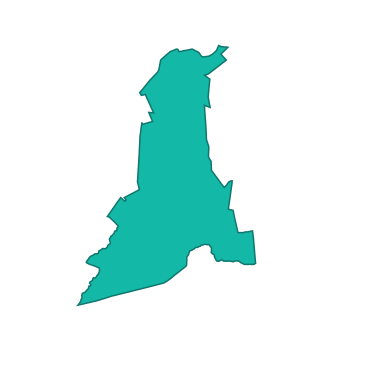 the district of Saboti, Rift Valley, Kenya, rotated 292°
{"feature_id": "3690345B89105260268555", "entity_name": "Saboti", "entity_type": "district", "adm_level": 2, "iso_a3": "KEN", "parent_name": "Kenya", "parent_adm1": "Rift Valley", "projection": "orthographic", "projection_center": [34.819, 0.95], "detail": "fine", "context": "isolated", "style": "filled", "palette": "teal", "viewbox_px": 384, "rotation_deg": 292, "n_neighbors": 0, "source": "geoboundaries", "source_scale": "gbopen_adm2", "svg_char_len": 4895}
<svg xmlns="http://www.w3.org/2000/svg" viewBox="0 0 384 384"><g transform="rotate(292 192 192)"><path d="M44.4,128.6L46.0,131.0L47.8,133.6L49.3,135.7L52.7,140.5L54.7,143.4L56.1,145.3L65.9,157.2L67.7,159.8L70.5,163.6L75.3,170.3L80.0,176.7L85.5,184.3L95.6,198.0L97.2,200.0L97.7,200.5L100.8,202.7L104.1,204.8L106.2,205.9L107.8,206.7L109.1,207.4L110.9,208.5L111.5,208.8L112.4,209.4L114.0,210.3L115.3,211.0L118.0,212.6L120.4,214.0L121.9,214.4L123.1,214.0L123.8,213.8L124.4,213.4L125.0,213.4L126.0,213.1L127.0,212.8L127.9,212.3L128.6,211.9L129.7,211.7L130.9,211.8L131.6,212.0L132.5,212.2L133.4,212.2L134.4,212.0L135.2,211.9L136.1,212.0L136.7,212.3L137.3,212.7L137.8,213.6L138.7,214.1L139.4,214.8L140.3,215.5L141.7,215.9L142.2,216.3L142.3,217.0L142.6,217.7L143.2,218.3L143.9,218.8L144.4,219.5L145.0,220.1L145.9,220.3L146.6,220.6L146.7,221.3L146.9,221.9L147.4,222.3L147.9,222.8L148.3,223.5L148.6,224.3L148.6,225.2L149.0,226.1L149.4,227.0L149.3,227.7L149.2,228.4L148.7,229.0L148.1,229.5L148.0,230.2L147.6,230.9L146.8,231.2L146.2,231.5L145.3,231.9L144.3,232.4L143.4,232.2L142.8,233.0L142.4,233.9L142.4,234.7L142.4,235.4L142.2,236.1L141.6,236.4L140.8,236.8L140.1,237.3L139.6,237.8L139.1,238.5L138.5,239.2L137.8,239.9L137.4,240.8L137.3,241.5L137.7,242.3L138.0,243.0L138.5,243.5L139.1,244.0L139.7,244.3L140.2,245.0L140.3,246.1L139.7,247.0L140.1,247.8L140.4,249.2L141.0,250.0L141.2,251.0L141.7,252.0L142.0,252.6L142.2,253.4L142.4,254.3L142.6,255.4L142.7,256.3L143.4,256.9L143.8,257.6L144.4,258.2L144.9,258.9L145.0,259.7L145.1,260.5L145.4,261.2L145.3,262.1L145.0,262.9L144.7,263.8L144.7,265.3L144.5,266.7L144.6,267.9L144.8,268.7L145.2,269.3L145.5,270.1L145.7,271.0L146.3,271.8L146.6,272.7L146.9,273.4L147.1,274.1L147.4,275.2L147.9,275.9L148.1,276.6L149.0,277.1L149.6,277.7L154.9,275.0L171.9,266.4L178.6,262.7L178.1,261.9L177.7,261.2L177.2,260.3L176.8,259.9L176.3,259.3L175.9,258.6L175.6,257.8L175.3,257.1L174.8,256.2L174.0,255.2L173.3,254.4L173.1,253.5L172.7,252.6L172.1,251.1L171.5,249.9L185.1,240.4L190.4,237.0L189.7,232.1L193.4,231.2L215.6,225.7L217.4,225.0L216.6,223.5L215.6,222.8L214.9,222.3L214.1,222.0L213.0,221.9L212.1,221.7L211.0,221.3L210.2,221.0L209.5,220.7L209.0,220.2L208.3,220.1L210.7,215.9L214.8,209.4L218.7,202.9L219.3,202.0L223.7,200.0L225.5,199.1L227.6,198.2L229.7,195.2L230.3,194.4L230.9,194.1L232.3,193.5L238.4,191.3L240.1,190.7L240.8,190.2L244.2,187.3L244.9,186.7L246.4,185.6L253.5,182.4L262.9,177.9L272.0,173.4L277.0,171.1L277.2,177.1L285.9,171.5L295.9,168.4L303.3,166.3L303.5,165.4L305.0,159.8L307.4,162.8L311.4,165.2L327.2,174.4L330.6,167.2L331.4,167.5L339.6,171.1L339.2,169.1L338.4,167.5L338.3,166.5L338.1,165.6L337.8,164.8L337.8,163.3L337.9,161.9L337.0,161.8L336.1,161.8L332.7,161.7L331.7,161.4L331.0,161.1L327.7,159.5L327.1,159.1L325.2,157.5L324.4,156.9L324.0,156.3L322.2,153.2L321.4,151.6L321.3,150.7L321.5,149.9L322.0,148.9L323.5,146.8L323.9,146.2L324.0,145.5L324.3,141.8L324.6,138.7L324.0,137.7L321.8,134.6L319.8,131.1L318.6,129.8L317.3,127.2L317.8,126.7L318.5,126.1L318.9,125.4L318.8,124.3L318.2,123.5L317.0,122.4L314.8,120.0L314.0,119.2L313.1,118.8L311.5,117.9L303.2,113.7L302.2,113.6L298.7,114.3L294.6,115.1L293.3,115.4L292.5,115.4L290.5,115.3L285.7,113.4L281.9,111.9L280.5,111.3L277.1,110.2L271.4,108.5L265.5,106.6L264.6,106.3L262.6,108.8L264.9,112.2L256.2,121.3L251.0,126.8L249.6,122.1L242.6,129.0L241.4,127.4L237.8,122.8L236.2,120.9L237.7,119.5L224.0,123.0L208.0,128.6L206.3,129.2L189.0,135.0L181.1,137.6L174.5,142.3L161.4,131.3L160.1,133.8L158.3,133.3L160.1,128.0L156.2,127.0L137.5,122.7L137.8,124.6L136.7,127.3L135.0,131.7L132.7,136.5L131.6,136.4L130.6,136.0L129.7,136.1L129.0,136.5L128.2,136.7L127.6,136.0L127.1,135.3L126.2,135.0L125.3,135.2L124.4,135.4L123.6,134.9L122.4,134.3L121.3,134.1L120.7,133.4L119.9,133.4L119.0,133.4L118.0,133.0L117.1,133.2L116.3,133.7L115.0,135.0L113.7,135.4L113.0,135.4L112.4,134.8L111.7,134.2L110.8,134.0L110.1,134.1L109.2,134.1L108.5,133.7L107.8,133.4L106.9,133.1L106.6,131.7L106.5,131.1L106.2,130.5L105.4,129.8L104.3,129.2L103.6,128.8L103.0,128.1L102.4,127.7L100.8,128.0L100.1,128.0L99.4,127.5L99.0,126.8L98.1,124.9L97.3,124.7L96.8,124.2L96.2,123.6L95.4,123.1L94.6,122.2L93.8,121.8L92.9,121.4L91.9,121.2L90.7,121.1L89.8,120.7L88.8,120.4L87.9,120.5L87.0,120.4L86.6,123.1L86.9,130.3L86.7,134.6L86.0,135.0L85.0,135.4L84.0,135.8L82.8,135.9L81.7,135.9L80.9,135.9L80.1,135.6L79.4,135.4L78.5,135.1L77.7,135.0L76.7,134.9L76.0,134.6L75.6,133.9L75.6,132.8L74.5,132.5L73.3,132.9L72.5,132.7L71.9,132.3L71.2,131.7L70.5,131.2L69.8,131.0L69.2,131.2L68.8,131.8L68.4,132.7L67.7,133.0L67.1,133.0L66.5,132.5L66.3,131.8L65.5,131.7L64.5,131.9L63.4,132.2L62.6,131.6L61.8,131.3L61.1,131.0L60.4,130.9L59.7,130.6L59.0,130.3L58.4,129.8L58.0,129.3L56.9,128.3L55.9,128.4L55.0,128.5L54.1,129.0L53.1,129.5L51.9,129.7L50.7,129.4L49.7,129.7L48.7,129.7L47.9,129.6L47.2,129.4L46.5,129.2L45.7,129.0L44.4,128.6Z" fill="#14b8a6" stroke="#0f766e" stroke-width="1.5"/></g></svg>